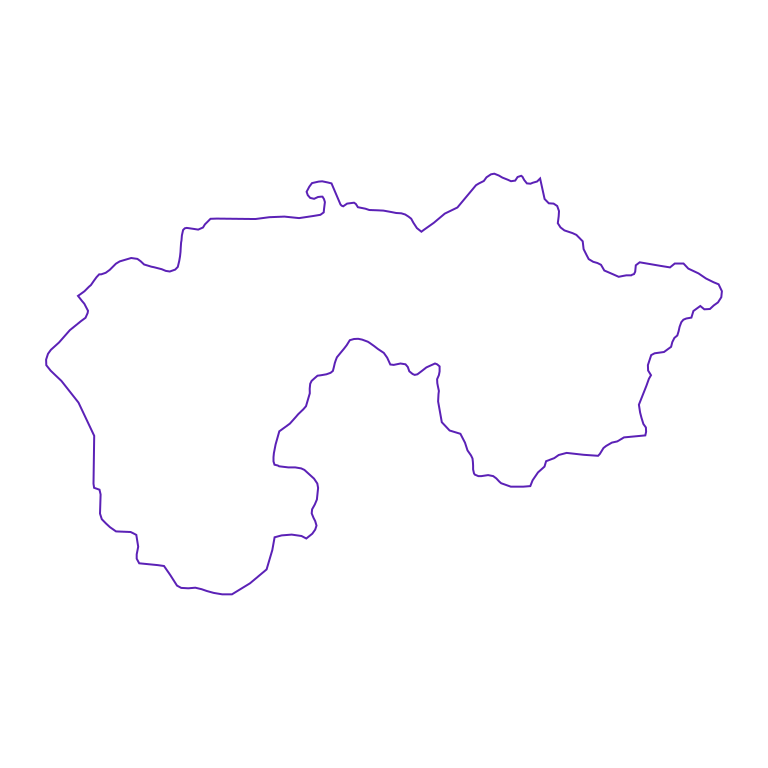 outline of Bozoum, Ouham-Pendé, Central African Republic
{"feature_id": "33826404B23266852289650", "entity_name": "Bozoum", "entity_type": "district", "adm_level": 2, "iso_a3": "CAF", "parent_name": "Central African Republic", "parent_adm1": "Ouham-Pendé", "projection": "albers", "projection_center": [16.413, 6.229], "detail": "fine", "context": "isolated", "style": "outline", "palette": "violet", "viewbox_px": 768, "rotation_deg": 0, "n_neighbors": 0, "source": "geoboundaries", "source_scale": "gbopen_adm2", "svg_char_len": 4347}
<svg xmlns="http://www.w3.org/2000/svg" viewBox="0 0 768 768"><path d="M139.2,563.3L157.6,565.1L164.0,566.0L170.3,575.1L177.0,585.6L181.2,587.9L188.4,588.3L195.3,587.7L201.6,589.2L206.8,591.0L213.7,592.9L222.0,594.3L232.0,594.3L250.0,583.3L266.6,569.4L272.3,550.1L274.6,537.3L281.6,535.4L291.7,534.6L301.5,536.0L306.3,538.5L312.3,533.7L315.2,529.6L316.5,525.6L315.2,521.1L313.5,517.8L311.7,513.4L312.1,509.3L314.8,504.5L316.9,499.5L318.1,487.9L317.3,483.5L314.0,478.6L304.4,469.9L301.2,468.4L295.2,467.4L290.6,467.4L288.3,467.4L279.1,466.3L277.8,465.5L274.5,464.7L273.5,461.4L273.5,457.2L273.9,453.1L275.6,444.4L279.3,431.3L281.0,430.1L289.9,423.6L295.8,417.0L298.1,414.3L303.5,409.1L306.0,406.2L309.8,393.3L309.7,388.8L310.2,383.8L311.6,380.9L314.6,378.2L317.5,375.7L320.6,375.3L326.4,374.3L330.6,372.8L332.9,370.9L333.8,367.4L334.8,363.1L335.8,360.1L336.9,357.3L341.0,352.3L344.0,348.7L346.7,345.2L349.8,340.2L354.0,339.0L358.2,338.8L362.1,339.6L367.8,341.7L369.4,342.7L374.2,346.1L377.8,348.9L383.8,352.9L387.2,357.7L390.3,364.5L393.7,364.9L400.5,363.5L405.5,364.3L407.8,367.0L409.3,371.3L412.6,374.0L414.7,374.9L417.4,374.3L421.4,371.3L426.4,367.4L435.0,363.5L437.1,364.3L439.6,366.4L439.6,368.5L439.6,371.4L438.9,375.1L437.1,379.2L437.3,383.2L437.9,386.3L438.9,391.0L438.5,394.0L438.1,401.4L441.8,422.2L449.6,430.5L460.4,433.8L465.0,442.7L467.5,450.4L471.0,455.4L472.5,458.5L472.9,462.0L473.1,465.7L473.1,469.4L474.0,473.4L474.8,474.6L478.3,476.1L481.5,476.1L488.1,475.1L493.2,476.1L496.3,478.4L499.2,481.5L501.1,483.2L510.9,486.7L522.8,486.7L530.3,486.1L532.6,480.3L538.0,472.4L544.5,466.6L546.1,461.2L554.3,458.1L558.7,455.0L566.6,452.9L583.7,454.8L598.1,455.8L599.8,454.0L603.5,448.0L606.2,445.9L611.9,442.6L617.3,441.4L624.0,437.4L645.3,435.4L646.1,431.8L645.9,427.5L643.4,424.0L641.5,417.9L640.1,412.5L638.9,404.7L646.4,385.8L648.9,378.8L651.0,375.2L648.1,370.5L647.9,365.1L651.2,355.1L654.6,353.3L664.0,352.0L671.1,346.8L672.3,342.1L674.4,337.9L677.3,335.5L678.6,331.3L679.6,326.8L681.3,322.2L683.4,319.7L686.3,318.5L691.4,317.6L693.4,311.0L700.3,306.0L704.3,309.3L709.9,309.0L713.8,305.4L718.0,302.4L721.3,297.2L721.9,291.2L718.6,284.3L713.5,282.2L706.0,278.5L698.5,273.4L688.3,268.6L683.5,263.5L674.8,263.5L670.0,267.4L660.7,265.9L639.7,262.3L635.8,265.3L635.2,271.7L634.0,274.1L632.2,274.7L631.3,275.3L626.5,275.3L623.2,275.9L618.7,276.8L613.3,274.4L604.3,270.5L601.0,264.8L597.4,263.0L593.2,261.8L588.7,259.1L586.6,255.1L583.6,249.1L582.7,241.3L576.4,234.9L572.5,233.1L564.4,230.4L560.5,227.4L557.8,223.2L558.7,216.2L559.0,211.1L557.2,206.0L553.6,203.6L548.8,203.3L544.6,199.0L540.1,178.5L537.1,181.5L532.9,182.7L530.5,183.7L526.9,183.4L524.2,180.0L522.4,176.7L521.2,175.8L517.6,177.0L515.2,180.6L511.0,181.2L507.7,179.7L502.4,177.6L498.8,175.5L494.3,173.7L491.0,174.3L486.5,177.3L483.8,181.0L479.0,183.4L476.0,185.2L457.4,207.5L444.8,213.6L433.7,222.9L423.8,229.9L421.4,231.7L416.9,228.1L413.3,222.6L411.2,218.7L408.5,216.6L405.2,214.5L401.3,213.3L396.2,213.0L391.7,212.1L383.4,210.6L377.4,210.3L369.3,210.0L365.4,208.7L357.9,207.2L355.8,203.9L354.0,202.7L347.1,203.6L343.2,206.3L341.7,205.7L340.5,204.5L331.5,183.4L327.9,182.5L322.2,181.3L318.6,181.6L312.0,183.1L309.3,186.7L306.6,191.8L307.8,195.2L310.2,197.9L314.1,198.8L318.0,197.0L320.7,196.7L322.5,196.7L324.0,199.1L324.9,202.1L324.0,209.3L323.7,212.4L320.4,214.8L313.2,216.0L299.1,218.1L284.4,216.6L269.4,217.2L255.6,219.0L252.6,219.0L216.6,218.6L210.5,218.8L204.9,224.4L203.0,227.5L198.2,229.6L193.0,228.8L188.2,228.1L186.7,227.9L184.8,228.3L183.1,230.0L181.9,235.4L181.5,240.4L181.1,242.5L180.7,248.3L180.5,252.0L180.0,256.5L179.2,261.1L177.8,266.9L175.2,269.6L169.8,271.5L165.8,270.9L161.7,269.2L153.9,267.2L151.4,266.7L147.5,265.5L144.1,264.5L140.6,261.2L137.4,258.9L131.2,258.0L119.7,261.4L115.9,263.7L109.7,269.9L105.7,272.8L101.3,274.3L99.2,274.3L96.5,277.2L93.8,280.9L90.9,285.1L89.0,286.7L84.4,291.3L78.0,295.9L82.0,301.0L84.3,303.7L88.0,310.8L87.6,313.1L85.5,317.8L80.9,321.2L76.1,325.1L69.9,330.1L59.0,342.5L50.9,349.8L48.0,353.8L46.1,359.6L46.3,365.2L50.7,370.7L55.7,375.5L61.4,380.9L78.5,402.6L94.2,435.8L93.5,483.7L94.1,487.8L99.5,489.7L100.6,494.5L100.0,513.6L101.8,519.2L106.0,523.5L110.0,527.2L116.0,531.4L120.6,531.6L130.6,532.0L133.1,533.2L136.3,534.9L138.2,546.7L136.7,554.4L136.7,558.7L139.2,563.3Z" fill="none" stroke="#5b21b6" stroke-width="2"/></svg>